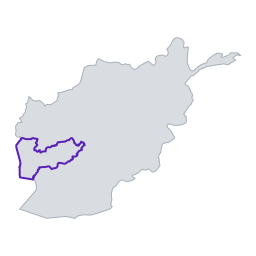 Farah highlighted on a map of Afghanistan
{"feature_id": "AFG-1749", "entity_name": "Farah", "entity_type": "Province", "adm_level": 1, "iso_a3": "AFG", "parent_name": "Afghanistan", "parent_adm1": "", "projection": "albers", "projection_center": [62.843, 32.453], "detail": "fine", "context": "in_parent", "style": "outline", "palette": "violet", "viewbox_px": 256, "rotation_deg": 0, "n_neighbors": 0, "source": "natural_earth", "source_scale": "10m", "svg_char_len": 7994}
<svg xmlns="http://www.w3.org/2000/svg" viewBox="0 0 256 256"><path d="M109.9,62.8L115.4,62.1L119.2,62.7L121.3,64.5L123.2,64.9L125.1,63.9L126.2,63.7L126.7,64.3L127.7,64.5L129.1,64.3L130.0,64.8L130.2,66.0L131.3,67.4L133.4,69.1L135.1,69.5L137.3,68.0L138.0,68.1L138.4,67.6L138.6,66.6L139.9,65.6L142.3,64.5L143.7,63.7L144.1,63.0L145.0,62.8L145.9,62.9L146.5,62.6L147.0,61.7L147.8,61.3L148.6,61.4L152.2,64.5L153.6,65.4L154.2,65.2L155.8,63.3L155.9,61.7L155.3,59.6L155.5,57.9L156.6,56.5L158.6,55.6L161.6,55.1L163.4,55.2L164.2,55.8L165.1,56.1L166.3,56.1L167.3,55.3L168.2,53.6L168.1,51.6L167.1,49.4L167.2,48.6L168.7,47.3L170.2,45.5L171.6,43.1L172.8,40.3L174.6,38.4L176.7,37.6L179.4,38.1L182.7,40.0L184.1,42.6L183.6,45.8L183.6,47.5L184.3,47.8L187.8,46.9L188.3,47.3L188.4,48.2L187.9,49.6L187.6,53.3L187.2,62.6L189.2,68.0L190.4,70.0L191.5,70.7L192.6,70.8L193.7,70.5L195.7,68.9L198.8,66.1L201.9,64.2L206.4,62.9L207.7,60.0L209.7,57.9L214.3,54.7L216.9,53.4L218.4,53.1L222.2,53.8L222.4,54.6L222.3,55.5L221.3,56.3L221.0,56.9L221.5,57.3L223.0,57.3L229.2,54.8L230.5,52.9L231.9,52.7L234.6,53.1L236.7,52.7L237.9,53.3L240.6,55.4L239.9,55.6L238.7,55.3L238.0,54.6L235.5,55.9L232.8,57.7L232.9,58.1L235.7,60.1L230.6,63.1L228.3,64.7L227.7,64.8L224.0,63.9L213.9,65.3L206.2,66.8L203.4,68.3L200.6,69.1L199.2,69.9L198.4,71.3L194.3,74.5L193.6,75.6L191.3,75.8L189.0,78.7L185.7,82.3L185.0,83.9L185.6,84.7L187.7,85.8L188.6,86.8L190.2,89.9L191.0,92.1L191.9,93.1L192.6,95.7L191.8,97.3L191.9,98.1L193.3,100.0L193.0,100.7L192.2,101.7L191.0,104.4L188.6,106.6L187.6,108.4L186.0,110.4L185.3,112.1L184.6,113.0L183.8,113.5L184.1,114.4L184.9,115.4L186.1,116.5L186.4,121.3L185.9,122.8L182.7,124.3L179.6,125.1L175.8,125.4L174.3,125.3L168.9,123.9L167.3,124.9L167.1,127.1L170.3,130.3L171.7,132.2L173.3,135.3L174.5,136.9L174.2,138.5L168.9,142.3L165.4,142.8L163.2,143.6L162.2,144.5L161.6,148.2L160.9,149.6L161.0,151.2L160.4,153.0L159.3,154.2L158.6,156.2L159.9,165.8L156.8,169.8L155.1,171.3L153.4,172.1L152.0,171.9L150.0,169.8L148.7,169.0L147.5,169.3L146.2,170.1L144.2,170.0L142.4,169.3L141.5,169.4L141.1,170.2L139.3,172.0L134.8,174.7L132.9,175.0L132.1,175.6L132.5,176.6L133.4,177.5L134.8,178.0L134.9,178.7L132.6,180.1L130.3,181.0L127.6,181.4L124.7,181.1L123.2,180.0L121.4,180.0L119.9,180.9L118.3,182.3L116.2,185.7L112.9,188.0L112.2,190.1L111.3,193.9L111.8,199.5L111.5,202.0L110.8,203.7L111.0,204.9L112.1,206.4L111.7,207.3L110.8,208.4L109.9,209.0L91.7,214.9L88.8,215.1L87.2,214.9L82.0,214.9L79.9,215.4L77.7,216.1L76.1,217.1L74.9,218.4L72.7,217.7L65.8,216.4L47.3,218.2L45.6,217.9L19.7,209.1L35.8,190.4L36.3,188.8L36.4,185.7L35.4,181.6L33.9,179.7L20.0,177.3L19.5,174.0L19.8,172.6L19.6,169.8L19.6,167.7L20.3,164.2L20.4,162.6L16.3,146.7L16.3,145.2L19.0,141.6L22.3,138.2L22.1,137.5L20.5,137.1L18.0,137.0L16.7,136.4L15.7,135.4L15.4,134.0L16.1,131.5L15.5,126.5L18.1,122.5L22.1,122.3L20.1,119.2L19.7,118.9L19.6,118.4L19.8,117.9L20.8,117.7L23.2,115.8L23.3,114.7L25.4,111.9L25.2,110.6L26.5,107.3L25.9,105.0L25.8,103.8L27.2,103.1L28.2,99.9L28.7,99.2L28.8,98.4L28.5,97.1L29.8,96.9L31.0,98.6L32.9,100.3L34.1,100.8L35.7,101.1L39.2,100.6L39.9,100.7L43.5,103.7L44.2,104.5L44.4,105.6L45.0,106.0L46.3,104.8L47.5,104.4L49.8,104.8L51.1,104.4L56.9,100.7L57.4,98.3L57.9,96.9L58.7,96.1L57.7,93.4L58.1,92.9L58.9,92.6L60.8,92.6L69.6,89.6L72.0,89.6L72.5,89.3L72.6,88.5L73.2,87.6L77.4,85.3L79.8,83.1L80.6,81.4L84.3,67.6L86.4,66.4L88.5,65.5L95.7,65.1L97.0,60.8L97.6,59.8L98.8,58.8L104.2,61.6L109.9,62.8Z" fill="#d9dde1" stroke="#a8b0b8" stroke-width="1"/><path d="M33.0,179.5L20.5,177.5L20.0,177.3L19.8,175.5L19.6,174.5L19.6,174.1L19.8,172.6L19.6,170.8L19.6,169.9L19.7,168.7L19.7,168.2L19.6,167.8L19.5,167.6L19.7,167.2L19.4,166.9L19.5,166.6L20.0,166.1L20.1,165.7L20.3,164.2L20.4,162.6L19.2,157.8L16.5,148.0L16.3,146.7L16.3,145.2L16.5,144.9L19.6,140.8L20.1,140.4L20.6,140.1L20.8,139.9L20.9,139.5L20.9,139.1L20.8,138.8L20.9,138.5L21.2,138.4L21.9,138.3L22.2,138.2L22.3,138.0L23.2,138.1L24.1,138.6L26.3,139.1L27.4,139.2L29.7,139.0L30.0,139.0L30.5,139.2L30.9,139.2L31.4,139.0L31.6,138.9L31.9,138.4L32.0,138.3L32.2,138.2L32.6,138.1L33.3,138.1L34.1,138.3L34.3,138.6L34.6,138.6L35.1,138.6L36.3,138.7L37.4,138.9L37.5,139.1L37.6,139.4L37.5,139.6L37.4,139.8L37.2,140.0L37.0,140.4L37.0,141.2L37.0,141.5L36.9,141.7L36.6,142.0L36.3,142.1L36.1,142.4L35.9,142.6L35.8,142.9L35.9,143.1L36.5,143.8L37.3,145.0L37.2,145.2L37.1,145.4L36.6,145.7L36.5,145.9L36.2,146.2L35.6,146.8L35.4,146.9L35.3,147.0L35.2,147.4L35.0,147.5L34.7,147.7L34.6,147.8L34.4,148.2L34.3,148.9L34.3,149.6L34.3,149.9L34.4,150.1L34.5,150.2L34.7,150.3L34.9,150.3L35.9,150.4L36.0,150.4L36.1,150.5L36.4,150.9L37.0,151.6L37.4,151.8L37.5,151.8L37.7,151.6L38.4,150.9L39.2,150.3L39.5,150.2L39.7,150.3L39.8,150.3L39.8,150.8L39.8,151.1L39.9,151.4L39.9,151.7L40.0,151.8L40.1,152.0L40.3,152.4L40.5,152.5L41.0,152.5L41.3,152.3L41.8,151.8L42.0,151.7L42.7,151.5L44.0,151.4L44.7,151.3L45.0,151.3L45.3,151.3L45.5,151.3L45.5,150.9L45.9,149.8L46.0,149.7L45.9,149.3L45.9,149.1L45.9,148.9L46.0,148.6L46.1,148.4L46.3,148.3L46.5,148.2L46.9,147.8L47.4,147.5L48.1,147.1L48.3,147.1L48.5,147.1L49.1,147.3L49.3,147.4L49.5,147.4L50.3,147.2L51.0,147.0L51.2,146.9L51.4,146.7L51.5,146.6L51.6,146.4L51.6,146.2L51.8,146.0L51.9,145.9L52.5,146.0L52.8,145.9L53.0,145.9L54.4,145.4L54.8,145.3L54.8,145.6L54.8,145.8L56.3,145.3L56.8,144.8L56.9,144.6L56.9,144.3L57.0,144.0L57.3,143.2L57.5,142.8L57.6,142.5L57.7,142.4L58.1,142.3L58.4,142.1L58.9,142.3L59.5,142.3L60.9,141.9L64.2,141.7L65.1,141.5L65.7,141.3L66.3,140.8L66.7,140.6L67.2,140.3L67.9,140.2L69.0,140.1L69.4,139.8L69.7,139.4L70.0,139.0L70.2,138.8L70.5,138.5L71.3,138.2L71.7,138.1L72.3,138.4L72.5,138.7L73.5,140.2L74.0,141.4L74.0,141.5L74.0,141.8L74.1,142.2L74.1,142.5L74.2,142.8L74.4,142.9L74.6,142.9L74.8,143.0L75.0,143.4L75.3,143.6L75.4,143.8L75.9,144.7L76.0,144.9L76.1,145.0L76.4,144.9L76.6,144.9L76.7,145.0L77.0,145.3L77.7,145.7L77.8,145.7L78.0,145.5L78.3,145.4L78.8,145.4L79.0,145.3L79.0,145.2L78.9,145.0L78.6,144.7L78.6,144.4L79.2,144.3L79.5,144.2L79.8,144.0L80.0,143.8L80.1,143.6L80.3,143.5L80.5,143.0L80.9,142.0L81.1,141.8L81.3,141.8L81.5,141.8L81.7,142.1L81.9,142.3L82.1,142.5L82.3,142.5L82.6,142.5L83.2,142.5L83.3,142.6L83.5,142.6L83.6,143.0L84.2,143.6L84.4,143.9L84.4,144.0L83.9,144.5L83.8,144.8L83.8,145.1L83.8,145.3L84.1,145.4L82.6,146.6L82.3,146.9L82.2,147.1L81.9,147.5L81.7,147.7L81.6,147.8L81.7,148.0L81.8,148.0L81.7,148.4L81.5,148.6L81.3,149.1L81.3,149.3L81.8,149.5L81.9,149.8L81.7,149.9L79.6,150.8L79.2,150.9L78.9,151.0L78.6,151.5L78.3,151.8L78.1,152.2L78.0,152.3L78.0,152.5L77.8,152.8L77.1,153.3L76.9,153.6L76.7,153.9L76.7,154.1L76.8,154.3L77.0,154.3L77.4,154.6L77.4,154.8L77.3,155.0L77.3,155.3L77.2,155.5L76.9,155.7L76.2,156.1L75.6,156.4L75.4,156.5L74.6,156.5L73.4,156.8L73.1,156.8L73.1,156.6L73.0,156.4L72.9,156.4L72.8,156.5L72.5,156.7L72.5,156.9L72.5,157.3L72.5,157.7L72.5,157.8L72.7,158.0L72.8,158.2L72.9,158.6L72.9,158.9L72.8,159.0L72.5,159.1L72.3,159.3L72.1,159.5L71.9,159.8L71.7,159.9L71.4,159.7L71.2,159.8L70.1,160.8L69.9,161.0L69.8,161.3L69.7,161.4L69.0,161.3L68.8,161.3L68.1,161.5L67.9,161.6L67.0,162.5L66.8,162.7L66.5,162.9L65.3,163.5L64.9,163.8L64.5,163.8L61.4,163.1L59.7,163.0L58.9,162.8L58.7,162.8L58.4,163.0L58.1,163.4L57.9,163.6L57.8,163.8L57.7,164.3L57.6,164.5L57.6,166.0L57.5,166.4L57.4,166.6L57.2,166.8L57.0,167.1L56.7,167.4L56.1,167.8L55.8,168.0L54.9,168.2L54.0,168.2L53.9,168.2L52.4,168.8L51.9,169.1L51.7,169.0L51.5,168.9L49.6,166.7L49.3,166.5L49.1,166.5L48.5,166.4L48.2,166.3L46.1,166.9L39.3,167.3L39.2,167.4L39.2,167.5L39.2,167.8L39.3,168.1L39.4,168.6L39.4,168.8L39.1,169.1L38.0,169.6L37.9,169.8L37.8,170.0L37.7,170.2L37.7,170.3L37.8,170.8L37.9,171.2L37.9,171.3L37.8,171.5L37.7,171.7L37.5,172.0L37.0,172.5L36.7,172.7L36.3,173.2L35.5,174.6L35.0,175.3L34.6,175.5L34.2,175.4L34.0,175.5L33.9,175.6L33.9,176.0L34.0,176.3L34.1,176.5L34.1,176.9L34.0,177.1L33.8,177.3L33.6,177.4L33.4,177.2L33.2,177.3L33.1,177.1L33.0,177.3L33.1,177.6L33.2,177.8L33.4,177.9L33.4,178.0L33.3,178.3L33.4,178.7L33.3,178.8L33.2,179.0L33.0,179.5Z" fill="none" stroke="#5b21b6" stroke-width="2"/></svg>